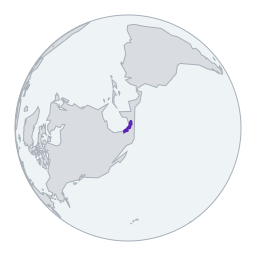 Veracruz highlighted on a globe, orthographic projection, rotated 254°
{"feature_id": "MEX-2734", "entity_name": "Veracruz", "entity_type": "State", "adm_level": 1, "iso_a3": "MEX", "parent_name": "Mexico", "parent_adm1": "", "projection": "orthographic", "projection_center": [-96.92, 19.815], "detail": "coarse", "context": "on_globe", "style": "filled", "palette": "violet", "viewbox_px": 256, "rotation_deg": 254, "n_neighbors": 0, "source": "natural_earth", "source_scale": "10m", "svg_char_len": 8945}
<svg xmlns="http://www.w3.org/2000/svg" viewBox="0 0 256 256"><g transform="rotate(254 128 128)"><circle cx="128" cy="128" r="113" fill="#eef3f6" stroke="#a8b0b8"/><path d="M20.5,161.7L20.8,162.6L20.5,161.7ZM163.8,148.4L161.2,147.5L158.9,151.1L149.7,146.6L146.0,140.3L115.7,130.8L112.2,127.3L111.6,121.7L98.6,103.0L105.6,120.5L101.1,117.1L97.0,110.8L98.7,109.4L95.1,100.2L90.7,96.6L88.4,85.3L93.0,71.5L94.8,73.8L95.7,70.6L93.5,67.7L91.9,66.6L92.1,54.1L85.9,47.3L80.8,48.3L84.4,45.9L72.6,50.3L67.3,50.2L75.3,48.5L77.6,47.1L74.9,45.9L76.7,44.1L76.4,42.7L78.8,40.8L83.3,40.4L84.9,39.3L82.9,38.6L84.1,36.5L86.7,37.7L89.0,34.4L96.9,33.8L102.2,39.7L108.5,39.0L119.0,44.5L120.0,42.9L124.6,44.5L127.5,43.3L128.6,45.0L129.9,42.6L128.3,41.4L128.3,40.0L129.9,39.3L131.6,41.2L131.1,41.8L132.4,42.0L132.6,43.3L133.3,42.3L135.3,44.9L135.7,41.4L139.1,42.7L139.7,44.7L136.7,45.7L130.6,54.0L130.3,56.9L132.9,59.7L144.3,62.1L145.2,65.1L148.6,68.3L149.5,65.9L147.1,62.7L149.6,59.3L146.4,56.1L147.0,54.4L144.9,50.9L148.4,50.3L153.0,51.7L154.9,54.7L157.0,55.5L157.8,51.9L163.9,57.1L172.3,60.3L173.6,61.9L171.2,66.1L164.6,67.6L161.6,74.2L166.8,68.9L169.8,73.8L171.7,74.3L173.4,73.6L173.6,71.4L175.3,73.1L170.7,78.6L169.1,77.2L170.6,75.3L167.5,76.3L164.4,80.6L166.2,83.0L159.7,88.0L160.9,89.9L160.1,92.3L158.7,88.8L161.1,95.4L153.8,104.1L157.0,116.0L150.3,107.3L145.7,106.8L140.4,107.5L140.9,109.4L133.2,108.6L127.2,113.2L126.3,122.8L129.9,129.9L138.2,129.7L140.2,125.4L146.0,124.1L143.1,135.4L153.4,135.9L153.1,144.1L156.3,147.9L161.1,146.2L166.2,147.5L169.4,142.4L174.8,138.9L175.4,145.4L178.0,138.9L181.2,141.5L191.5,139.0L190.9,140.7L199.7,146.2L208.3,146.9L210.3,150.8L209.3,154.0L212.1,153.8L212.1,155.7L222.3,154.1L226.7,156.1L226.0,162.4L221.3,171.5L214.6,187.4L205.4,195.2L201.5,201.3L191.5,210.9L186.2,211.9L186.1,215.0L181.7,217.9L177.8,218.9L175.7,221.4L172.8,222.1L173.7,223.1L167.0,226.9L166.6,228.8L161.2,231.4L161.1,232.3L159.8,232.6L157.9,233.2L157.0,233.8L153.8,233.5L155.0,231.1L157.8,229.5L156.1,229.5L162.1,225.2L159.5,226.3L163.6,219.9L168.9,213.9L175.7,195.9L174.2,192.5L166.9,189.3L158.2,175.9L161.2,169.4L159.0,166.7L166.1,156.7L163.8,148.4ZM36.9,112.4L37.5,109.8L38.1,111.7L36.9,112.4ZM37.2,108.0L37.1,108.9L37.1,108.1L37.2,108.0ZM36.8,107.3L37.1,107.8L36.6,107.4L36.8,107.3ZM36.0,106.6L36.5,106.9L36.4,106.9L36.0,106.6ZM157.1,120.1L168.8,124.3L162.8,125.9L163.8,124.7L160.7,122.7L155.1,121.2L149.6,123.1L157.1,120.1ZM35.2,104.8L35.1,104.3L35.5,104.3L35.2,104.8ZM161.0,112.9L159.0,112.7L160.8,112.4L161.0,112.9ZM90.8,66.5L93.3,67.8L94.6,71.2L92.3,70.3L90.8,66.5ZM88.6,60.6L90.3,60.5L89.1,63.6L88.5,62.7L88.6,60.6ZM76.8,49.6L78.4,50.2L76.2,50.3L76.8,49.6ZM76.0,42.8L74.9,43.3L75.2,42.4L76.0,42.8ZM143.1,51.6L144.0,51.3L143.9,52.1L143.1,51.6ZM141.3,50.5L140.6,51.6L139.7,51.3L140.1,50.5L141.3,50.5ZM79.2,38.8L80.0,37.4L79.9,38.7L79.2,38.8ZM142.4,49.2L138.1,50.5L136.5,49.9L136.9,46.8L142.4,49.2ZM81.0,36.5L82.9,33.3L80.7,33.9L87.9,30.7L83.9,34.3L84.2,35.8L82.6,35.6L81.0,36.5ZM127.1,41.3L128.9,42.6L126.0,42.2L127.1,41.3ZM125.3,41.4L116.4,42.8L114.5,40.7L117.9,40.6L114.4,38.6L117.9,36.9L120.6,37.6L121.1,39.2L122.0,37.4L125.3,41.4ZM91.5,29.7L92.6,29.0L92.3,29.6L91.5,29.7ZM128.1,39.4L126.5,39.8L124.8,38.0L127.7,36.9L127.3,37.8L128.1,39.4ZM111.7,39.1L111.0,37.7L113.6,35.9L113.7,35.1L117.8,36.7L111.7,39.1ZM128.5,37.9L129.3,36.5L131.5,36.8L129.6,39.0L128.5,37.9ZM123.1,38.0L122.4,37.1L123.8,37.2L123.1,38.0ZM139.7,37.3L137.8,37.6L136.8,36.6L139.7,37.3ZM129.4,36.0L128.7,35.9L128.1,35.6L129.0,34.8L129.4,36.0ZM119.3,35.4L120.6,35.0L117.8,34.6L119.7,33.4L122.1,34.8L121.8,33.7L122.4,33.3L123.7,34.9L119.3,35.4ZM128.1,33.2L131.8,34.8L135.6,34.4L136.6,35.2L130.3,35.7L128.1,33.2ZM125.4,34.0L127.3,33.6L127.6,34.7L126.5,35.6L125.4,34.0ZM120.0,32.2L116.6,33.7L116.2,33.4L120.0,32.2ZM129.1,32.8L128.2,32.5L129.3,32.7L129.1,32.8ZM122.8,32.1L121.6,32.6L121.2,32.2L122.8,32.1ZM127.4,31.4L128.5,31.9L127.8,32.4L127.4,31.4ZM125.2,31.5L124.9,30.9L126.9,32.4L124.7,31.8L125.2,31.5ZM122.5,31.6L121.9,31.6L123.1,31.5L122.5,31.6ZM129.3,29.0L132.0,30.8L130.5,32.0L128.1,30.1L129.3,29.0ZM158.6,234.4L153.8,233.8L156.8,234.0L160.4,232.6L162.4,233.2L158.6,234.4ZM168.6,230.5L171.9,229.3L172.2,229.4L170.0,230.3L168.6,230.5ZM202.1,43.2L201.8,43.0L204.3,45.1L204.4,45.3L206.7,47.4L205.5,46.5L209.0,50.8L218.0,62.2L219.2,65.0L218.1,65.5L210.3,56.9L208.6,51.7L205.8,49.1L202.3,47.4L202.1,46.1L200.5,44.9L199.5,43.2L194.3,38.6L192.7,36.9L187.0,33.5L185.4,32.3L189.2,34.5L191.0,35.4L186.6,31.9L184.7,30.7L181.3,28.9L180.5,28.4L177.8,27.1L173.5,25.0L176.5,26.7L172.7,25.2L168.1,23.3L167.3,23.2L174.8,26.5L177.3,27.6L178.6,27.9L185.9,31.8L188.2,33.4L182.6,31.0L185.3,33.2L179.8,30.8L162.9,22.7L157.7,20.6L156.9,19.3L160.2,20.2L162.2,21.0L163.8,21.2L162.0,20.7L161.3,20.4L157.5,19.3L156.8,19.1L154.2,18.6L153.0,18.2L154.7,18.6L147.9,17.2L145.1,16.7L152.9,18.2L160.6,20.2L168.2,22.8L175.5,25.9L182.6,29.5L189.4,33.6L196.0,38.2L202.1,43.2ZM143.6,16.4L143.2,16.4L142.9,16.4L141.0,16.1L143.6,16.4ZM139.0,15.9L138.3,15.9L135.5,15.8L134.1,15.6L135.0,15.6L134.9,15.6L139.0,15.9ZM134.1,15.5L132.9,15.6L132.3,15.5L131.3,15.5L129.0,15.4L129.4,15.6L119.3,16.9L113.8,17.2L114.4,16.7L105.9,18.6L100.4,19.6L101.4,19.5L98.1,20.9L99.8,20.5L100.0,20.7L92.2,24.8L89.3,26.0L87.1,28.4L87.7,28.5L89.7,27.8L87.9,30.7L80.7,33.9L79.8,33.5L75.9,36.1L74.5,34.9L71.5,35.4L72.2,33.2L69.8,34.0L68.6,35.0L64.3,37.2L60.0,38.9L69.0,33.2L76.7,31.3L74.0,31.5L76.3,30.3L76.3,29.8L74.3,30.2L73.1,31.0L78.3,27.0L77.5,27.3L85.1,23.8L93.0,20.9L101.0,18.6L109.2,16.9L117.4,15.9L125.8,15.4L134.1,15.5ZM240.2,117.8L240.3,120.7L239.4,118.5L235.0,107.9L233.7,100.9L230.9,94.7L219.4,65.5L219.8,64.4L214.2,55.5L219.5,62.2L224.2,69.4L228.4,76.9L232.0,84.7L235.0,92.7L237.3,100.9L239.1,109.3L240.2,117.8ZM226.6,77.9L227.7,79.8L226.6,77.9ZM191.9,138.9L193.2,139.8L191.6,140.2L191.9,138.9ZM162.3,128.8L164.6,128.6L165.9,129.4L164.2,130.0L162.3,128.8ZM181.1,125.8L183.6,125.8L181.2,126.9L181.1,125.8ZM170.6,124.8L179.1,125.9L174.3,128.8L168.8,128.1L172.4,127.0L170.6,124.8ZM160.5,116.9L162.1,117.1L161.8,118.4L160.5,116.9ZM162.3,112.7L161.8,112.9L160.9,112.0L162.3,112.7ZM170.1,73.4L170.5,73.0L172.4,72.8L171.8,73.8L170.1,73.4ZM179.0,67.1L181.6,69.8L179.3,68.4L179.0,70.2L174.0,69.7L173.9,62.8L174.8,65.9L179.0,67.1ZM167.2,67.5L170.4,68.3L166.9,67.8L167.2,67.5ZM192.4,41.3L193.3,41.2L195.5,42.8L197.5,46.0L194.3,43.5L192.4,41.3ZM194.1,40.7L188.0,37.9L186.5,36.2L188.4,37.6L188.0,36.7L190.9,38.8L195.4,40.2L197.7,41.8L200.1,46.1L198.1,43.7L197.3,43.8L194.1,40.7ZM175.0,36.7L172.4,36.2L172.6,32.9L175.1,33.7L177.2,36.6L175.6,37.4L175.0,36.7ZM144.0,43.7L142.9,44.4L142.5,43.7L143.0,42.7L144.0,43.7ZM138.9,37.5L148.0,40.7L147.3,41.5L153.4,42.8L153.9,45.5L149.9,44.5L154.9,47.7L151.5,47.9L155.1,49.9L146.1,47.3L143.2,47.9L146.3,46.2L145.9,43.7L144.8,42.8L139.8,40.6L133.4,40.8L132.0,38.7L132.7,37.1L134.0,36.7L134.5,38.2L135.9,36.6L137.7,38.5L138.9,37.5ZM141.8,24.0L141.9,25.2L145.0,23.8L146.7,25.1L147.0,24.8L149.4,25.7L152.9,26.5L153.2,27.2L154.4,27.2L156.0,27.9L157.8,28.2L159.0,29.6L161.2,30.2L160.5,30.6L164.1,31.2L162.0,31.4L163.9,32.6L164.9,31.8L167.3,40.2L169.9,44.1L173.2,47.4L169.2,47.7L163.6,45.0L157.8,41.2L155.8,37.6L154.4,38.5L153.0,37.2L154.7,37.0L151.3,36.5L150.6,35.4L145.5,32.9L140.9,33.2L138.9,32.5L140.4,31.8L137.4,31.6L138.7,29.9L137.3,29.3L137.3,27.3L140.9,26.5L139.1,26.0L139.0,24.7L141.8,24.0ZM129.5,28.4L133.4,26.9L136.3,26.9L135.1,30.5L136.2,31.2L135.6,33.9L131.4,33.8L132.0,33.0L131.6,32.3L133.0,32.6L131.5,31.8L132.3,30.8L131.3,29.9L132.9,29.6L129.5,28.4ZM210.1,51.0L209.4,50.2L211.7,52.6L212.2,53.2L210.1,51.0ZM207.1,47.9L209.2,50.0L208.4,49.2L207.1,47.9ZM188.3,33.8L187.3,33.0L187.9,33.3L189.4,34.2L188.3,33.8ZM151.5,21.3L151.0,21.6L150.2,21.5L147.3,21.7L145.8,20.9L147.0,20.5L151.5,21.3ZM149.3,20.5L148.3,20.6L148.2,20.2L149.3,20.5ZM144.5,20.4L144.1,19.9L145.3,20.9L144.5,20.4ZM134.9,16.3L140.7,16.6L143.8,16.8L144.0,16.6L146.2,17.2L141.4,16.9L134.9,16.3ZM121.4,16.7L121.2,17.2L119.6,17.2L119.4,17.1L121.4,16.7ZM122.4,16.9L125.3,17.2L124.2,17.6L122.1,17.2L122.4,16.9ZM137.5,18.2L139.3,18.2L139.4,18.6L137.5,18.2ZM20.6,161.8L20.5,161.7L20.8,162.6L20.7,162.2L20.6,161.8ZM91.7,29.0L92.5,29.0L91.3,29.4L91.7,29.0ZM101.0,20.5L99.7,21.1L101.0,20.5ZM100.7,21.8L102.3,21.1L101.2,21.9L100.7,21.8ZM105.8,19.8L103.2,20.9L104.8,19.8L105.8,19.8Z" fill="#d9dde1" stroke="#a8b0b8" stroke-width="1"/><path d="M126.4,123.2L127.3,124.6L127.1,125.1L127.2,124.6L126.4,123.5L126.7,124.4L127.6,126.4L128.9,127.9L129.2,128.9L130.2,130.0L129.8,129.9L130.0,130.1L131.2,130.2L132.4,131.2L133.2,131.1L133.3,131.8L134.2,132.4L134.2,132.9L133.7,133.2L131.7,133.1L131.2,132.1L130.2,132.5L130.0,131.3L129.4,131.3L128.5,130.3L128.4,130.8L127.3,130.2L127.4,129.3L127.9,129.1L127.1,128.7L127.6,127.4L126.4,127.1L126.8,126.6L126.4,126.0L126.0,126.7L125.9,126.3L125.1,126.9L125.0,126.7L125.8,125.5L125.1,125.2L124.9,124.5L125.4,123.3L124.9,122.9L125.7,122.8L126.4,123.2Z" fill="#8b5cf6" stroke="#5b21b6" stroke-width="1.5"/></g></svg>